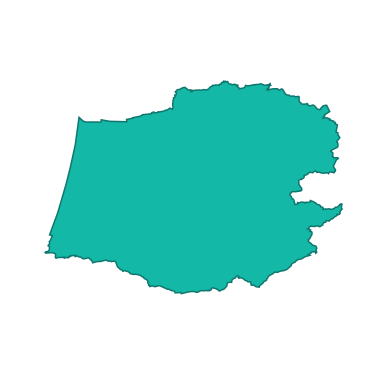 the district of Purworejo, Jawa Tengah, Indonesia, rotated 81°
{"feature_id": "22746128B47019757463267", "entity_name": "Purworejo", "entity_type": "district", "adm_level": 2, "iso_a3": "IDN", "parent_name": "Indonesia", "parent_adm1": "Jawa Tengah", "projection": "equal_earth", "projection_center": [109.987, -7.708], "detail": "fine", "context": "isolated", "style": "filled", "palette": "teal", "viewbox_px": 384, "rotation_deg": 81, "n_neighbors": 0, "source": "geoboundaries", "source_scale": "gbopen_adm2", "svg_char_len": 5858}
<svg xmlns="http://www.w3.org/2000/svg" viewBox="0 0 384 384"><g transform="rotate(81 192 192)"><path d="M100.6,291.9L127.1,299.9L148.3,308.2L164.5,315.1L191.6,327.9L212.1,339.4L213.1,336.8L217.2,339.1L218.9,340.8L220.5,340.5L222.2,342.4L222.8,342.4L222.8,341.8L224.7,341.4L227.1,342.2L228.1,343.2L228.1,345.2L228.6,346.5L229.4,346.2L230.1,339.4L231.3,337.1L232.5,336.4L234.6,337.1L235.8,337.0L236.1,336.6L235.7,333.4L236.1,332.7L236.4,328.2L237.2,328.6L237.4,327.9L237.0,325.5L237.4,325.3L237.6,324.3L237.4,323.7L236.8,323.9L236.2,322.7L236.5,322.4L236.3,321.5L236.0,321.5L236.3,320.9L236.0,319.2L236.5,317.7L237.4,317.7L237.5,316.6L236.7,316.3L238.4,313.9L238.9,311.9L240.0,311.2L241.2,309.3L240.8,304.9L241.4,303.9L244.3,301.7L246.4,301.1L245.9,297.1L246.3,292.8L245.9,289.6L246.0,286.9L246.8,286.3L247.3,285.3L247.3,283.3L248.1,282.8L248.1,279.1L249.9,278.1L254.2,277.3L257.2,274.9L258.3,273.2L259.4,272.8L259.2,270.9L260.1,268.7L261.0,267.1L263.1,265.6L264.3,262.5L264.4,260.9L265.1,258.6L266.3,255.9L267.7,254.8L268.3,253.6L269.9,252.7L272.0,250.0L273.5,249.6L274.9,249.9L276.6,249.1L277.4,249.4L277.8,248.7L278.8,248.4L278.4,246.3L279.8,243.2L279.4,240.4L279.5,238.6L284.2,231.4L284.6,229.8L286.1,227.9L286.8,225.5L287.6,224.7L289.0,224.4L289.5,218.8L290.7,218.6L290.1,210.2L290.4,206.3L292.0,202.6L290.8,198.6L291.5,195.3L291.4,193.4L291.9,192.6L291.9,191.3L291.6,190.9L292.2,190.6L292.2,189.9L291.4,188.2L290.5,188.2L289.8,186.9L291.0,183.9L292.7,181.4L293.7,181.1L294.1,180.1L293.1,177.3L293.2,176.2L292.6,175.1L290.3,172.3L287.8,171.5L287.3,170.9L287.0,169.2L287.4,167.0L285.2,166.3L284.1,164.8L283.9,163.2L281.9,160.8L282.0,159.5L282.7,159.0L283.6,159.7L284.0,158.9L284.4,159.1L284.5,156.9L285.0,155.6L287.8,153.1L288.1,152.0L289.5,150.8L289.9,148.2L293.2,148.1L293.7,145.6L295.6,143.5L296.5,140.4L295.1,139.9L293.4,136.6L291.6,134.7L291.2,132.8L290.5,132.0L289.7,131.8L286.7,129.0L285.4,124.9L284.0,122.9L284.7,120.2L284.0,117.1L284.0,115.4L283.7,115.0L284.1,114.2L283.4,110.5L280.3,105.6L279.2,105.3L278.1,103.8L277.2,100.8L276.3,100.2L276.1,99.1L275.4,98.6L275.1,94.0L273.5,90.1L273.0,85.5L272.0,86.8L271.0,84.1L269.8,82.8L270.4,80.0L271.1,79.2L271.7,79.3L271.3,78.4L270.3,78.3L269.4,78.9L266.9,77.5L264.8,78.2L263.2,81.4L261.4,82.5L259.3,84.8L257.6,84.3L257.4,84.6L256.2,82.6L255.1,82.2L253.6,80.7L251.5,79.8L250.0,80.0L249.3,81.8L248.1,80.8L247.3,81.8L246.6,83.7L246.1,82.4L244.6,81.2L244.6,79.8L244.2,79.3L244.8,78.4L245.3,75.7L244.9,74.9L244.9,73.8L245.4,73.0L245.3,72.3L246.2,71.7L246.1,70.3L245.5,69.6L245.0,67.9L243.9,67.9L242.7,66.0L242.8,64.8L241.3,64.0L241.6,63.2L241.5,62.0L242.2,61.2L240.4,58.7L240.4,57.2L238.9,55.2L238.4,53.6L237.8,52.8L237.0,52.6L237.5,51.7L237.1,51.2L237.1,49.9L236.5,49.7L236.1,49.0L235.7,49.2L234.0,48.5L232.3,46.4L231.1,47.0L229.2,46.4L228.8,46.6L227.5,45.7L227.1,46.1L227.2,47.6L229.5,50.4L229.8,51.3L229.5,52.6L230.5,54.2L231.0,56.5L230.8,57.7L230.0,59.2L230.0,62.0L229.5,62.6L230.0,64.6L229.4,65.5L228.8,64.9L227.5,65.3L226.9,67.2L225.8,67.2L224.7,68.2L223.7,70.5L221.9,71.8L221.7,72.5L220.4,73.6L219.7,75.5L218.9,76.1L218.9,76.5L220.1,76.6L220.3,77.1L220.4,78.9L219.9,81.3L220.5,81.8L220.5,82.3L219.7,83.0L219.0,86.0L219.6,87.6L218.9,89.4L220.4,89.6L220.6,92.2L215.8,92.7L215.0,93.0L214.4,94.1L211.8,94.8L209.9,95.8L208.6,95.2L208.4,94.1L207.3,93.2L208.0,89.0L207.8,88.3L208.0,86.0L207.5,85.1L208.0,84.5L207.4,83.4L205.6,83.1L201.4,85.2L197.2,84.8L196.5,83.1L196.7,81.9L196.1,81.6L196.3,80.8L194.8,78.8L193.2,78.7L192.9,76.2L192.3,74.6L190.8,72.9L191.9,69.7L190.7,67.9L190.5,66.5L192.1,65.8L192.3,63.5L193.8,60.4L194.3,55.0L195.2,54.2L194.0,53.2L193.6,52.3L195.2,48.9L194.9,48.3L194.1,48.3L193.8,47.2L192.6,46.8L189.8,48.1L188.4,48.2L182.9,44.4L181.9,42.5L181.5,42.2L180.8,43.4L180.5,46.6L179.5,46.8L179.1,47.7L175.8,46.7L175.1,47.0L173.5,48.6L172.2,46.8L170.7,41.8L170.1,40.9L168.1,40.4L166.0,40.5L165.2,41.4L161.4,37.5L157.6,39.1L156.3,38.6L155.4,40.4L148.5,37.9L146.9,40.0L146.2,39.5L145.6,39.7L144.6,41.2L143.7,41.5L144.0,42.3L143.1,43.0L142.6,44.6L142.1,44.2L141.3,44.4L141.0,45.8L140.4,46.0L139.9,46.9L139.9,48.6L139.4,49.2L139.6,51.2L138.4,50.6L137.6,48.9L136.6,49.1L134.1,43.4L127.5,45.4L127.2,46.4L127.5,49.1L129.4,51.6L130.4,52.2L130.6,53.0L129.3,55.9L127.9,56.2L125.3,58.2L125.0,59.0L125.4,62.1L124.0,64.2L123.2,63.9L122.6,64.6L123.0,65.2L122.5,69.6L118.9,72.1L115.0,71.3L114.3,71.7L114.1,75.1L113.2,76.2L112.7,80.0L111.6,80.8L111.0,83.2L109.2,84.7L105.1,86.2L104.4,86.9L104.2,87.6L105.1,89.7L105.0,90.3L103.3,91.5L102.7,96.7L103.3,101.8L101.7,101.6L101.5,100.6L101.8,100.1L101.5,99.8L99.6,99.3L99.3,99.6L99.1,98.1L98.5,98.8L98.3,98.6L98.6,97.7L97.1,98.0L98.2,99.5L97.9,100.8L98.2,101.5L97.7,104.2L96.3,106.1L95.9,107.5L96.1,109.5L95.8,112.8L96.0,113.5L95.7,114.4L96.0,118.5L95.7,121.0L95.1,122.3L96.9,123.7L97.4,125.3L97.3,127.9L97.6,129.2L96.3,129.4L94.5,131.3L93.9,130.0L93.5,130.1L93.3,131.5L92.4,132.6L92.1,133.9L92.6,135.4L91.6,136.5L90.9,138.7L88.5,139.5L88.6,140.6L87.7,141.9L88.3,142.8L87.5,143.4L87.8,143.8L88.8,143.4L88.5,145.4L88.8,145.9L89.9,146.2L90.0,148.3L90.8,148.5L89.9,151.9L90.2,152.7L89.9,154.9L90.7,155.3L90.6,156.0L91.2,157.7L91.9,158.6L92.8,158.9L93.0,160.4L93.5,161.3L92.7,164.4L92.9,167.6L92.2,169.3L92.4,170.9L91.9,172.1L92.1,173.5L91.7,175.9L92.8,176.1L92.6,177.5L91.0,177.2L90.6,179.8L87.6,182.5L87.5,184.6L88.7,188.1L88.7,190.7L89.9,191.1L90.0,192.4L90.5,192.9L91.8,191.9L93.5,192.5L93.6,194.0L95.3,193.8L96.2,195.6L97.0,195.4L98.1,196.2L103.0,197.5L105.6,197.4L106.4,198.2L107.2,198.4L105.7,200.7L107.2,203.8L107.0,205.1L107.7,207.2L107.8,211.6L107.5,212.9L108.0,213.0L108.2,216.8L107.1,217.0L107.1,218.0L107.5,219.5L108.4,219.6L107.9,229.0L108.5,229.4L109.1,232.0L109.3,238.6L109.6,238.5L109.8,239.1L110.1,245.3L112.4,245.4L109.4,261.9L106.5,270.4L108.7,270.9L106.2,286.2L104.9,288.5L100.6,291.9Z" fill="#14b8a6" stroke="#0f766e" stroke-width="1.5"/></g></svg>